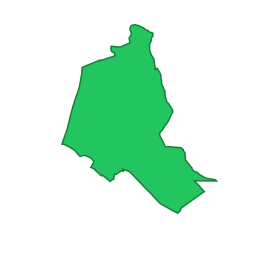 the district of Ziltlaltépec de Trinidad Sánchez Santos, Tlaxcala, Mexico, rotated 72°
{"feature_id": "50627088B10378773175156", "entity_name": "Ziltlaltépec de Trinidad Sánchez Santos", "entity_type": "district", "adm_level": 2, "iso_a3": "MEX", "parent_name": "Mexico", "parent_adm1": "Tlaxcala", "projection": "robinson", "projection_center": [-97.922, 19.209], "detail": "fine", "context": "isolated", "style": "filled", "palette": "green", "viewbox_px": 256, "rotation_deg": 72, "n_neighbors": 0, "source": "geoboundaries", "source_scale": "gbopen_adm2", "svg_char_len": 5282}
<svg xmlns="http://www.w3.org/2000/svg" viewBox="0 0 256 256"><g transform="rotate(72 128 128)"><path d="M205.8,60.2L205.1,60.4L204.9,60.5L204.5,60.7L204.4,60.9L204.4,61.2L204.3,61.3L204.2,61.4L203.8,61.7L203.7,61.9L203.4,62.6L202.6,64.0L202.4,64.3L202.2,64.4L202.2,64.6L202.3,64.7L202.3,64.9L202.3,65.0L200.8,67.5L200.2,68.5L199.8,69.4L199.6,69.7L199.3,70.0L199.1,70.2L198.5,70.8L198.3,70.9L198.2,71.0L197.6,71.5L197.2,72.0L196.8,72.3L196.4,72.5L196.0,72.9L195.7,73.2L195.3,73.5L194.7,74.1L194.1,74.6L193.7,74.8L193.3,74.9L193.2,75.0L192.5,75.3L192.3,75.5L192.0,75.6L191.6,75.9L191.4,76.0L191.3,76.3L191.1,76.5L190.9,76.7L190.6,77.2L190.4,77.4L190.2,77.8L189.9,78.0L189.7,78.3L189.5,78.7L189.3,78.8L189.0,79.0L188.3,79.2L188.1,79.3L187.5,79.5L187.3,79.6L186.8,79.6L186.7,79.6L185.5,79.6L185.3,79.6L185.2,79.8L184.7,80.0L184.4,80.1L183.8,80.3L183.0,80.6L182.4,80.9L181.8,81.0L180.9,81.4L180.5,81.5L180.2,81.7L179.8,81.9L179.6,82.0L179.0,82.2L178.0,82.5L177.5,82.6L177.4,82.6L176.9,82.9L176.5,83.0L176.2,83.1L175.8,83.1L175.5,83.2L175.1,83.1L174.9,83.0L174.7,82.9L174.4,82.7L173.9,82.6L173.5,82.4L173.2,82.3L172.7,82.3L172.0,82.2L171.8,82.1L171.3,81.9L170.7,81.8L170.3,81.8L170.0,82.0L169.6,82.1L169.4,82.1L169.2,81.9L169.1,81.6L168.8,81.5L168.6,81.6L168.4,81.8L168.0,81.8L167.8,81.9L167.4,82.2L167.1,82.3L166.4,82.3L166.1,82.2L165.7,82.1L165.4,82.1L165.2,82.4L164.9,82.6L163.6,83.4L163.3,83.7L163.1,83.9L162.8,84.2L162.3,85.8L161.9,86.4L161.5,87.7L161.2,88.3L160.3,90.5L159.9,91.5L159.4,92.6L158.4,94.8L158.3,95.0L157.6,98.3L157.2,98.3L156.7,98.4L150.5,99.2L147.4,99.7L145.1,100.1L144.3,99.8L142.7,99.6L142.1,98.9L141.1,96.9L140.5,95.9L138.2,93.2L138.0,92.9L136.7,91.5L136.0,90.0L134.6,88.3L133.3,86.9L128.6,82.8L127.1,80.8L125.6,80.2L125.4,80.1L124.7,80.2L124.3,80.1L123.8,80.2L122.5,80.6L121.7,80.9L120.9,80.8L120.4,81.0L119.4,81.3L118.4,81.5L117.9,81.6L116.6,82.2L115.3,82.9L115.0,83.1L112.9,82.8L112.0,82.8L111.1,82.9L110.4,82.9L110.0,82.9L109.3,82.8L106.9,82.2L105.5,82.1L105.4,81.9L105.2,81.6L104.9,81.4L104.7,81.4L104.3,81.5L104.2,81.6L102.1,81.9L101.4,82.0L100.6,82.0L99.7,81.9L99.3,82.0L99.2,82.0L98.7,82.3L98.4,82.4L97.4,82.4L97.0,82.3L95.4,82.1L95.2,82.1L94.3,81.8L93.8,81.6L93.4,81.5L92.2,81.3L90.9,81.4L90.4,81.4L89.8,81.1L89.0,80.6L88.6,80.5L88.0,80.4L87.6,80.4L85.6,80.6L85.3,80.6L84.9,80.6L82.8,81.3L81.9,81.6L81.3,81.6L80.9,81.6L80.4,81.6L80.7,84.3L80.4,84.1L80.2,84.0L79.1,83.5L78.7,83.4L77.9,83.3L76.3,83.2L76.0,83.2L75.2,83.0L70.7,82.2L69.5,82.3L68.8,82.7L68.3,82.7L67.4,82.8L66.9,82.9L66.5,83.1L65.8,83.2L65.3,83.3L62.4,83.4L61.7,83.3L60.8,83.2L60.1,83.1L58.8,82.9L57.2,82.3L56.6,82.2L56.2,82.0L55.4,81.7L54.5,81.1L54.1,80.7L53.4,80.4L53.3,79.7L52.7,79.4L52.2,79.1L51.9,78.9L51.6,78.6L51.2,78.4L50.7,78.3L49.4,77.6L48.7,76.8L48.4,76.0L48.3,75.9L47.8,75.7L47.2,75.5L46.6,75.4L46.3,75.3L45.8,75.3L45.5,75.1L45.0,75.5L44.9,75.7L44.5,76.1L44.3,76.3L44.2,76.6L44.1,76.9L44.0,77.1L43.8,77.5L43.4,77.9L43.2,78.1L43.1,78.3L42.9,78.4L42.6,78.4L41.8,78.6L41.5,78.8L41.3,79.2L41.3,79.5L41.1,79.8L40.1,80.8L39.6,81.1L39.2,81.3L38.9,81.5L38.6,81.7L37.8,82.2L36.9,83.1L36.8,83.3L36.5,83.6L36.1,83.9L36.0,84.1L35.4,84.9L35.0,85.2L34.3,85.8L34.1,86.0L33.8,86.4L33.0,87.9L32.6,88.3L32.2,88.8L32.1,89.1L32.1,89.5L32.1,89.9L31.8,90.3L31.8,90.7L31.6,92.0L31.6,93.1L31.9,93.6L32.3,94.1L32.7,94.5L33.9,95.3L34.8,95.6L35.3,95.7L35.8,95.7L36.4,95.6L37.2,95.5L38.0,95.5L38.7,95.5L39.7,95.8L40.1,96.1L40.7,96.6L41.1,97.1L41.9,98.1L42.3,98.7L42.6,99.0L43.0,99.2L46.3,99.7L47.5,99.7L48.7,110.4L45.1,118.6L45.4,118.8L45.6,119.2L46.0,119.3L46.6,119.3L47.0,119.4L47.1,119.7L47.3,119.8L47.8,119.8L48.6,119.9L49.1,120.1L49.7,120.1L50.5,119.7L51.2,119.2L51.4,118.9L51.4,118.6L51.5,118.4L51.8,118.2L52.2,118.0L52.4,117.8L52.6,117.6L53.0,117.6L53.4,117.6L53.7,117.9L54.4,118.2L54.9,118.2L55.4,118.3L55.3,133.8L54.8,133.7L55.1,138.4L55.4,142.3L55.6,145.2L55.8,148.9L55.9,149.3L56.1,151.0L56.4,153.0L62.3,155.3L72.4,160.7L74.8,162.2L76.6,163.4L78.0,164.4L79.1,165.2L82.1,167.7L83.7,168.7L84.6,169.6L88.2,172.1L89.5,173.0L94.0,176.0L97.0,177.9L102.1,181.1L107.7,184.6L110.7,186.4L118.2,192.3L123.0,195.8L123.6,194.1L124.9,192.7L126.3,191.2L127.4,190.2L129.2,188.7L131.2,186.9L133.2,185.5L140.3,182.3L140.4,177.8L145.1,172.5L149.5,170.7L154.0,175.6L155.0,174.4L156.8,172.6L157.7,171.8L158.1,172.2L160.3,170.9L161.5,170.1L162.8,169.5L163.2,169.4L163.7,169.3L164.3,168.7L164.8,167.9L165.3,167.7L165.0,167.5L164.7,167.4L164.5,167.1L167.4,165.3L173.4,161.4L172.4,159.5L172.3,158.5L172.2,157.4L170.5,156.5L167.7,155.1L168.4,153.4L167.3,149.8L167.2,149.3L167.0,148.7L166.8,148.0L166.6,147.6L166.7,147.1L166.7,146.8L167.0,146.7L167.4,146.5L167.8,145.8L167.3,145.3L167.0,145.3L166.4,145.3L165.9,145.5L166.6,144.3L167.9,142.4L168.9,141.3L170.3,140.0L172.4,138.8L177.3,136.4L192.4,129.1L197.8,126.4L203.2,123.9L208.2,121.5L209.8,120.8L220.2,111.2L224.4,107.1L223.5,105.3L222.7,103.6L220.6,102.3L215.9,87.6L212.1,75.3L212.1,75.1L207.2,77.2L206.2,77.7L205.8,77.9L205.1,78.0L205.0,78.3L204.8,78.4L204.6,78.3L203.8,78.9L203.1,79.1L202.8,79.3L202.5,79.3L201.4,80.0L201.0,80.1L200.6,80.5L200.3,80.5L199.9,80.7L199.6,81.0L199.3,81.0L198.9,81.3L198.8,81.2L198.8,80.8L199.7,78.1L200.0,77.2L200.8,75.1L201.6,72.4L202.1,71.1L202.7,69.3L205.7,60.4L205.8,60.2Z" fill="#22c55e" stroke="#15803d" stroke-width="1.5"/></g></svg>